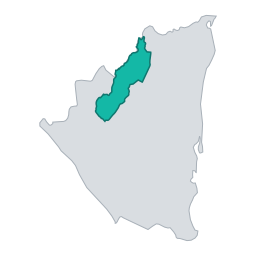 Jinotega on a map of Nicaragua (Equal Earth projection)
{"feature_id": "NIC-656", "entity_name": "Jinotega", "entity_type": "Department", "adm_level": 1, "iso_a3": "NIC", "parent_name": "Nicaragua", "parent_adm1": "", "projection": "equal_earth", "projection_center": [-85.491, 13.798], "detail": "fine", "context": "in_parent", "style": "filled", "palette": "teal", "viewbox_px": 256, "rotation_deg": 0, "n_neighbors": 0, "source": "natural_earth", "source_scale": "10m", "svg_char_len": 4624}
<svg xmlns="http://www.w3.org/2000/svg" viewBox="0 0 256 256"><path d="M216.2,16.1L215.1,18.1L214.0,19.3L211.5,25.6L210.6,26.2L210.4,21.5L208.9,20.9L207.2,22.6L206.3,25.0L207.8,28.1L209.1,28.1L210.7,29.0L215.2,50.4L214.2,54.3L211.6,60.2L209.0,65.3L206.5,68.5L203.3,82.1L200.5,104.1L202.6,123.9L201.6,142.3L202.5,146.6L202.8,152.0L200.7,153.0L199.5,152.8L198.3,149.5L198.4,146.6L199.7,143.2L200.2,138.5L199.6,136.1L198.3,141.4L196.1,143.8L194.7,144.6L193.3,147.3L194.8,152.3L196.7,156.0L197.3,158.6L196.6,161.7L196.2,172.5L195.6,172.2L194.8,170.7L192.8,170.6L192.6,174.9L192.8,177.4L191.0,179.2L190.4,181.1L191.8,182.4L193.4,183.2L195.3,183.0L196.9,188.3L197.4,192.7L193.8,196.7L192.5,200.0L190.5,204.0L189.3,207.9L189.0,210.8L190.4,219.7L192.9,226.1L195.0,230.1L197.9,231.0L197.2,235.3L195.1,238.0L191.2,240.2L187.0,240.6L180.0,238.5L177.2,238.3L176.1,237.1L175.7,235.0L173.7,231.9L170.1,227.7L168.0,228.0L164.6,227.1L158.9,224.2L156.2,223.9L152.4,226.3L148.0,229.5L137.4,224.5L130.0,221.0L123.3,217.8L121.5,216.6L120.0,216.9L118.8,218.5L117.3,221.5L116.8,222.3L116.1,223.1L115.2,223.3L115.2,221.9L111.9,216.1L106.7,209.1L86.8,187.6L79.5,174.7L75.5,165.5L71.8,160.7L61.1,150.8L58.6,146.9L48.0,133.8L39.9,126.1L39.8,122.8L43.1,118.7L44.8,118.9L46.5,121.8L49.4,125.1L50.8,125.2L52.8,123.6L52.8,122.1L63.7,121.4L65.7,120.6L67.7,118.2L68.7,114.8L68.9,111.5L69.3,109.2L71.0,106.9L74.2,106.2L76.7,106.0L77.4,104.5L76.7,99.5L75.4,87.5L75.1,84.2L75.6,81.7L76.6,80.8L81.4,80.2L90.5,81.2L92.3,80.4L95.9,73.6L99.3,68.6L101.8,66.4L103.7,65.7L105.9,70.1L113.6,76.5L114.9,76.1L115.7,75.8L115.9,74.8L115.8,71.9L117.7,69.2L121.7,66.8L125.7,62.6L129.7,56.5L133.2,53.0L136.2,51.9L137.3,50.3L136.6,48.0L136.9,44.8L138.0,40.7L139.8,38.3L142.0,37.7L142.9,36.4L142.4,34.4L142.9,32.3L144.9,28.8L149.8,25.8L152.6,26.8L154.9,30.8L158.2,33.6L162.4,35.0L165.7,34.5L168.0,32.0L170.1,31.2L172.0,32.2L173.0,31.6L173.1,29.5L174.0,29.0L175.9,30.2L177.5,30.5L178.9,29.9L179.5,28.9L179.7,27.8L180.8,27.0L184.5,27.8L188.6,26.6L193.1,23.3L196.1,21.9L197.6,22.3L199.4,20.6L201.4,17.0L206.2,15.4L216.2,16.1Z" fill="#d9dde1" stroke="#a8b0b8" stroke-width="1"/><path d="M141.0,39.7L141.8,39.2L143.2,37.4L143.4,36.7L143.6,36.7L143.9,36.8L144.0,36.8L144.1,37.0L144.3,37.4L144.4,37.7L144.4,38.1L144.2,38.8L144.1,39.1L144.1,39.4L144.1,39.7L144.0,40.2L144.0,40.5L144.0,41.0L144.0,41.5L144.1,41.8L144.6,42.3L145.2,42.7L145.4,42.9L145.5,43.2L145.6,43.7L145.5,44.2L145.1,45.2L145.0,45.5L145.1,46.6L145.0,46.9L144.7,47.6L144.6,48.0L144.6,48.3L144.8,48.7L145.5,49.9L146.1,50.7L146.7,51.6L146.9,51.8L147.2,51.9L150.7,52.2L150.8,52.9L150.7,54.2L149.9,60.2L149.8,62.7L150.1,64.6L150.0,65.2L149.7,66.2L147.3,71.4L142.4,81.9L142.2,82.1L138.2,80.0L133.3,83.9L133.2,84.0L130.1,84.5L129.9,84.8L129.7,85.3L129.4,86.6L129.1,87.2L128.8,87.6L128.4,88.0L128.3,88.3L128.3,88.8L128.7,89.7L128.9,90.2L129.1,90.9L129.2,91.5L128.8,93.1L128.7,94.0L128.8,94.3L128.7,94.8L128.6,95.2L128.1,95.7L126.0,97.5L124.8,98.9L124.6,99.6L124.6,101.5L122.4,103.3L121.6,103.7L120.7,103.7L119.9,104.4L119.3,105.3L118.8,106.5L118.1,108.0L115.2,112.4L113.7,114.1L113.3,114.4L111.5,116.5L109.3,119.3L108.4,120.1L108.0,120.2L107.5,120.3L106.1,120.2L105.6,120.3L105.4,120.5L104.9,121.3L103.6,119.9L103.0,119.1L102.4,118.7L102.1,118.5L101.5,118.5L101.3,118.5L100.7,117.5L99.0,116.2L96.0,112.3L95.8,111.8L95.5,111.0L96.0,110.0L96.1,109.1L96.0,108.5L96.6,106.3L96.2,104.0L96.2,102.9L96.3,102.0L96.6,101.2L96.9,100.4L98.3,98.4L99.0,97.7L99.6,97.5L100.2,97.5L100.6,97.7L101.0,97.2L102.5,95.6L102.9,95.0L103.3,94.4L103.7,94.2L104.1,94.8L104.5,94.6L106.6,94.4L107.2,94.4L107.7,94.8L108.0,95.2L108.4,95.4L108.9,95.3L109.2,95.1L109.8,93.8L110.7,93.0L111.4,92.5L111.8,91.8L111.8,88.7L111.9,87.4L112.3,86.2L113.4,83.6L113.6,83.0L113.7,82.3L113.7,79.8L114.0,78.9L114.4,78.3L115.3,77.6L115.7,77.2L116.0,76.3L116.1,75.5L115.9,74.9L115.3,74.7L115.1,74.2L115.3,73.2L115.7,71.6L115.7,70.5L115.9,70.2L116.3,70.3L117.0,70.3L117.5,70.0L118.3,69.1L118.6,69.3L118.9,69.3L118.9,69.0L119.0,69.0L119.2,68.9L119.0,68.4L120.4,67.8L120.8,67.3L121.2,66.6L122.0,66.2L122.3,66.1L123.0,66.0L123.7,65.6L124.1,64.9L124.2,64.1L124.4,63.4L125.8,62.9L126.5,62.4L127.5,61.3L127.9,60.6L128.4,59.6L128.7,58.6L129.0,57.2L129.3,56.4L129.8,55.6L130.2,55.2L130.3,55.1L130.8,55.2L131.0,55.0L131.1,54.6L131.4,54.2L131.6,53.8L131.8,53.5L132.2,53.4L133.1,52.8L133.5,52.7L135.0,52.7L135.9,52.5L136.9,52.0L137.7,51.4L138.2,50.5L138.1,49.3L137.6,48.3L136.9,47.5L136.3,46.9L137.4,45.8L137.4,45.5L137.3,44.7L137.4,44.4L138.3,43.1L138.4,42.8L138.5,40.1L138.7,38.7L139.0,37.9L139.7,38.2L140.3,39.0L141.0,39.7Z" fill="#14b8a6" stroke="#0f766e" stroke-width="1.5"/></svg>